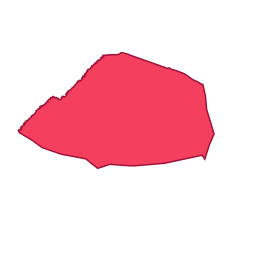 Bulgan, Dornod, Mongolia (Mercator projection), rotated 319°
{"feature_id": "93677404B34765270350686", "entity_name": "Bulgan", "entity_type": "district", "adm_level": 2, "iso_a3": "MNG", "parent_name": "Mongolia", "parent_adm1": "Dornod", "projection": "mercator", "projection_center": [114.017, 47.601], "detail": "fine", "context": "isolated", "style": "filled", "palette": "rose", "viewbox_px": 256, "rotation_deg": 319, "n_neighbors": 0, "source": "geoboundaries", "source_scale": "gbopen_adm2", "svg_char_len": 4937}
<svg xmlns="http://www.w3.org/2000/svg" viewBox="0 0 256 256"><g transform="rotate(319 128 128)"><path d="M81.4,55.6L81.0,55.4L80.8,55.4L80.6,55.5L79.8,55.5L79.5,55.3L79.3,55.3L78.9,55.4L78.6,55.6L78.4,55.6L78.4,55.1L78.2,54.8L77.8,54.8L77.0,55.1L77.0,54.9L77.1,54.7L76.9,54.3L76.7,54.3L76.2,54.7L76.1,54.8L75.9,54.6L75.8,54.2L75.4,54.1L75.2,54.1L75.0,54.7L74.8,55.2L74.6,55.4L74.3,55.5L74.0,55.5L73.6,55.1L73.1,55.0L72.7,54.7L70.8,55.0L70.2,54.7L69.9,54.8L69.7,55.1L68.9,55.5L68.4,55.7L67.8,55.8L67.6,55.9L66.5,56.1L65.3,55.9L64.8,55.7L64.3,56.0L64.1,56.1L63.6,55.7L63.4,55.6L62.9,55.7L62.4,56.0L62.0,56.1L61.6,56.4L61.3,56.5L60.4,56.3L59.7,56.3L59.4,56.5L59.1,56.3L58.6,56.4L57.9,56.4L57.0,56.8L57.0,56.7L57.1,56.4L56.8,56.0L56.6,56.0L56.1,56.2L55.6,56.0L55.3,55.9L54.9,56.0L54.3,56.4L54.1,56.5L53.8,56.3L53.7,56.4L53.7,56.8L53.4,57.0L53.0,57.0L52.7,56.8L52.5,56.5L52.5,56.3L52.3,56.3L52.5,57.0L52.3,57.5L52.1,57.5L52.0,57.4L51.7,56.9L51.5,57.0L51.4,57.5L51.2,57.7L50.8,57.4L50.2,57.4L49.4,57.1L49.2,57.1L48.8,57.6L48.7,57.3L48.7,57.1L48.2,57.0L47.9,57.0L47.3,57.4L47.2,57.6L47.1,57.9L47.2,58.5L46.9,58.7L46.6,58.7L46.2,58.4L46.0,58.8L45.9,58.8L45.6,58.3L45.4,58.2L45.2,58.3L45.0,58.7L44.7,58.7L44.4,58.5L44.3,57.8L44.2,57.7L43.8,57.7L43.7,57.8L43.5,58.2L43.5,58.5L43.0,60.3L47.4,73.8L50.4,86.6L60.3,103.8L68.1,113.6L76.0,123.8L77.3,131.6L78.7,138.6L90.4,143.5L105.4,158.5L107.8,160.6L132.3,178.5L166.1,197.2L165.5,201.9L178.8,193.8L189.0,189.0L199.4,165.8L207.6,154.4L213.0,144.4L212.8,144.2L212.4,143.3L211.6,141.4L211.2,139.8L210.3,137.9L210.0,136.9L208.7,134.3L207.7,130.3L207.6,129.6L207.4,129.1L206.9,126.9L206.3,124.6L205.2,122.2L203.8,119.7L202.6,117.3L201.4,115.3L200.3,113.8L199.5,112.5L199.3,112.3L199.1,111.9L198.8,110.2L198.5,109.7L198.2,109.4L197.6,109.3L196.9,108.9L195.4,106.3L193.6,103.1L186.0,89.5L184.5,87.0L182.9,83.9L181.3,81.4L180.3,79.5L179.5,78.2L177.3,74.2L176.7,73.0L176.6,72.6L175.4,70.8L173.4,67.9L172.9,67.2L172.3,66.7L168.9,66.3L161.9,60.5L157.0,57.0L156.9,56.8L156.5,56.8L156.2,57.0L156.1,57.5L156.2,58.0L155.5,57.9L155.3,58.0L155.1,58.3L154.9,58.2L154.9,57.5L154.7,57.4L154.0,57.6L153.9,57.2L152.9,57.4L152.6,57.6L152.0,58.4L151.7,58.5L151.1,58.4L150.9,58.1L150.3,57.3L150.2,57.4L149.9,57.8L149.6,57.9L149.3,58.1L149.1,58.0L148.8,57.8L148.6,57.3L148.1,57.5L147.9,57.6L147.5,57.4L147.1,57.4L147.0,57.5L147.1,57.9L147.0,58.1L146.9,58.2L146.6,58.2L146.3,57.9L146.1,57.9L145.8,58.1L145.5,58.1L145.4,57.9L145.1,57.4L144.8,57.7L144.7,57.9L144.0,57.9L143.4,57.8L143.0,58.0L142.8,58.0L142.7,57.9L142.7,57.7L142.1,57.5L141.9,57.4L141.5,57.4L141.1,57.6L141.0,57.8L141.0,58.2L140.8,58.3L140.4,58.1L139.6,57.9L138.8,58.4L138.5,58.5L138.1,58.4L137.6,58.3L136.9,57.9L136.2,57.7L135.7,57.5L135.4,58.0L135.1,58.3L134.8,58.3L134.4,58.1L134.2,58.1L134.0,58.3L134.0,58.7L133.9,58.8L133.5,58.7L132.5,58.8L132.2,58.9L131.8,59.4L131.6,59.4L131.4,59.3L131.3,59.0L131.2,58.9L130.6,58.9L130.5,59.0L130.7,59.4L130.7,59.8L130.4,59.9L129.7,59.7L129.6,59.8L129.3,60.1L129.4,60.5L129.1,60.9L128.8,60.9L128.6,60.8L128.5,60.3L128.5,60.1L128.9,59.7L128.7,59.6L128.6,59.8L128.5,60.0L128.2,60.0L127.9,59.9L127.7,59.6L127.6,59.9L127.5,60.0L127.3,60.1L127.1,60.0L127.0,59.9L126.8,59.5L126.8,59.4L126.8,59.9L126.6,60.2L126.4,60.3L126.2,60.3L125.9,60.1L125.7,60.1L125.7,60.3L125.6,61.0L124.9,61.1L124.5,61.0L124.0,61.3L123.7,61.3L123.0,61.2L122.9,60.9L122.9,60.5L122.8,60.3L122.7,60.3L122.3,60.8L122.2,60.8L121.8,60.6L121.8,60.3L121.7,60.2L120.9,59.8L120.8,60.2L120.7,60.3L120.3,60.5L120.2,60.4L120.0,60.2L119.9,60.1L119.3,60.4L118.8,60.5L118.1,60.5L117.7,60.7L117.1,60.7L116.2,61.0L115.0,61.1L114.4,61.1L113.7,61.4L113.4,61.3L113.0,61.1L112.5,61.1L112.0,61.0L111.2,61.4L110.0,61.6L109.7,61.6L109.4,61.3L108.7,61.3L107.5,60.9L107.3,61.0L107.1,61.2L106.9,61.3L106.6,61.2L106.4,61.0L106.3,60.9L106.2,61.0L106.4,61.4L106.5,61.6L106.3,61.9L106.1,62.0L105.8,61.8L105.5,61.9L105.4,61.9L104.6,61.4L104.4,61.4L104.5,61.9L104.4,62.1L104.1,62.3L103.7,62.4L103.3,61.9L103.1,62.0L103.0,62.7L102.8,63.1L102.6,63.2L102.2,63.2L101.5,63.0L101.1,63.0L100.9,63.0L100.6,62.8L100.4,62.5L100.2,62.4L99.8,62.5L99.7,62.5L99.6,62.4L99.7,62.0L99.7,61.4L99.5,61.1L99.1,61.1L98.6,61.5L98.1,61.3L97.7,61.3L97.4,61.9L97.2,62.2L96.9,62.4L96.7,62.4L96.3,62.3L96.0,62.4L95.6,62.3L95.5,62.2L95.2,61.8L94.6,61.7L94.4,61.4L94.5,61.2L94.6,60.9L94.9,60.5L94.9,60.3L94.9,60.1L94.3,59.9L94.2,59.9L94.1,59.1L94.1,58.6L94.0,58.3L93.9,58.0L93.8,57.8L93.2,57.4L92.4,57.3L92.4,57.2L92.3,56.8L92.5,55.9L92.5,55.4L92.4,55.2L92.0,55.2L91.8,55.0L91.6,55.0L91.2,55.2L91.1,55.4L90.8,55.2L90.4,55.0L89.8,54.4L89.4,54.4L89.1,54.7L89.0,54.8L88.6,54.7L88.4,54.7L88.4,54.8L88.5,55.1L88.4,55.1L88.1,55.3L87.7,55.1L87.6,54.7L87.4,54.6L87.1,54.7L86.9,54.7L86.2,54.6L85.9,54.8L85.3,54.8L85.2,54.9L84.9,55.6L84.6,55.6L84.3,55.0L84.0,55.2L83.6,55.3L83.2,55.3L83.0,55.2L82.8,55.2L82.3,55.5L82.1,55.5L81.8,55.3L81.6,55.6L81.4,55.7L81.4,55.6Z" fill="#f43f5e" stroke="#9f1239" stroke-width="1.5"/></g></svg>